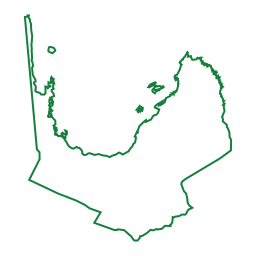 Nabire, Papua, Indonesia (Equal Earth projection)
{"feature_id": "22746128B29146649309875", "entity_name": "Nabire", "entity_type": "district", "adm_level": 2, "iso_a3": "IDN", "parent_name": "Indonesia", "parent_adm1": "Papua", "projection": "equal_earth", "projection_center": [135.366, -3.206], "detail": "fine", "context": "isolated", "style": "outline", "palette": "green", "viewbox_px": 256, "rotation_deg": 0, "n_neighbors": 0, "source": "geoboundaries", "source_scale": "gbopen_adm2", "svg_char_len": 5691}
<svg xmlns="http://www.w3.org/2000/svg" viewBox="0 0 256 256"><path d="M192.3,207.8L189.6,205.9L187.7,202.9L187.2,198.0L186.0,193.3L184.1,191.5L183.0,188.7L181.3,184.3L181.6,182.6L182.7,181.1L186.0,178.7L220.3,158.2L230.9,150.4L231.1,141.2L230.8,139.1L229.6,137.0L229.4,132.4L227.7,128.0L226.8,127.0L226.8,124.8L222.7,121.3L223.0,119.3L222.0,116.8L222.7,116.0L222.7,115.1L224.5,111.2L223.7,106.3L224.4,104.1L223.3,104.4L223.9,103.4L223.3,101.4L223.8,100.9L223.1,100.9L223.0,98.9L221.1,96.5L221.6,96.1L221.2,95.8L221.1,94.1L220.1,93.9L220.0,91.9L221.0,88.6L222.0,87.7L221.8,87.1L222.9,86.7L222.0,85.7L221.4,86.1L221.7,85.2L220.9,85.1L220.8,85.9L220.5,85.0L221.5,83.6L220.8,83.3L220.5,84.0L219.9,83.5L220.4,82.2L219.8,82.0L219.6,82.9L219.1,82.1L220.0,81.0L218.9,80.3L219.6,79.4L219.2,78.6L219.7,77.3L218.9,77.2L218.2,78.2L217.9,77.5L218.6,76.6L218.2,75.8L217.2,78.3L216.5,78.3L216.3,77.5L217.3,76.7L215.8,75.2L215.9,73.4L216.5,72.7L215.9,72.5L215.0,73.5L213.9,72.7L213.8,73.4L214.8,74.7L213.5,74.1L214.0,71.9L215.0,71.4L213.9,71.3L213.4,70.4L212.3,71.4L212.1,70.7L212.9,69.9L212.2,69.4L211.4,70.1L212.2,68.4L211.0,67.5L210.9,65.9L209.6,65.8L209.2,66.4L209.4,65.0L207.7,64.6L207.5,66.5L206.9,66.5L206.4,65.2L207.1,64.6L206.9,64.0L206.3,63.7L204.6,64.9L204.7,63.4L204.3,63.1L203.6,64.0L202.7,62.4L202.2,62.8L202.5,64.6L201.7,62.9L202.7,61.7L202.7,61.1L200.8,60.7L201.5,57.6L199.6,57.8L199.0,58.7L197.5,57.8L196.3,59.4L192.4,59.8L191.4,58.4L190.9,56.1L188.0,56.7L188.3,55.8L187.6,53.8L188.0,52.9L187.4,52.2L184.9,56.7L183.8,57.5L183.0,59.5L182.1,59.4L180.7,61.6L179.9,61.8L179.7,62.8L181.5,64.5L180.8,64.8L180.8,66.3L179.6,69.8L177.1,74.7L175.1,75.5L175.6,77.1L175.6,79.6L176.3,79.9L177.3,78.0L178.0,78.8L178.4,81.2L178.0,82.6L178.5,83.8L178.0,84.2L178.0,86.3L176.9,90.4L176.1,91.2L175.9,90.4L175.7,92.1L175.0,92.5L173.6,92.0L173.7,94.3L172.2,93.6L172.0,94.6L170.2,94.8L170.5,95.6L170.1,96.1L166.0,98.0L164.9,102.0L162.4,104.0L159.9,105.4L159.4,104.7L158.9,105.1L159.1,104.0L158.0,103.7L155.3,106.0L154.8,107.5L159.2,109.5L157.9,113.0L156.7,114.5L153.5,115.6L150.9,119.6L145.5,122.0L144.6,121.1L139.5,126.0L137.7,130.6L138.0,132.4L137.2,132.9L136.8,132.2L134.7,136.6L136.0,137.3L135.1,142.4L133.0,144.3L132.5,146.1L129.6,149.4L128.9,151.0L127.3,152.1L127.3,152.6L127.1,152.1L122.8,154.5L119.4,152.6L118.5,152.8L115.4,154.8L112.3,155.6L109.6,157.2L106.8,155.8L103.8,155.6L98.5,154.1L94.5,154.9L90.1,153.3L88.4,153.3L86.1,154.8L84.0,155.0L82.3,153.7L82.2,151.6L81.3,149.8L79.0,147.7L77.8,147.8L76.6,146.9L73.6,148.6L72.2,148.4L69.3,146.7L67.8,144.8L66.4,141.8L64.7,139.9L64.7,138.8L65.6,137.9L65.2,136.8L65.8,135.2L65.5,134.3L66.8,134.3L67.0,131.9L66.4,130.8L65.2,130.5L66.0,132.3L65.9,133.8L64.1,134.0L62.5,132.7L61.4,133.7L63.9,137.7L63.5,138.0L62.4,136.7L60.4,136.0L58.1,136.0L56.9,134.1L56.2,134.9L55.0,134.5L55.3,131.7L55.9,131.8L56.6,130.8L56.0,130.5L56.1,129.4L56.6,129.3L56.4,127.8L55.7,127.5L55.1,131.1L54.4,129.7L54.4,128.1L53.9,127.9L54.3,126.1L53.6,125.7L55.5,124.2L55.2,120.5L52.3,117.5L51.6,115.3L51.3,115.2L50.8,116.8L48.4,117.0L48.0,116.3L48.4,115.1L49.8,114.4L48.9,114.3L49.1,112.0L50.1,112.2L49.4,111.1L49.5,108.6L50.3,108.5L51.3,110.4L50.2,106.3L49.7,106.6L49.2,105.7L49.6,105.3L49.3,104.5L50.0,103.8L49.3,101.9L49.5,99.4L50.3,98.7L50.2,97.8L51.1,98.1L51.9,96.9L54.1,96.2L53.7,94.1L51.6,91.0L51.8,89.7L53.7,88.8L52.8,86.7L53.5,85.1L53.2,83.8L53.6,82.8L54.0,83.0L53.3,80.3L54.0,78.2L52.7,79.5L51.5,77.0L51.0,77.7L50.8,80.5L51.0,81.3L51.7,81.5L51.7,82.5L50.8,83.2L48.5,82.2L48.4,85.4L50.3,85.9L50.1,86.6L48.8,86.9L47.8,88.3L46.5,86.8L46.0,87.3L45.4,86.8L45.5,93.2L44.5,94.5L41.1,94.5L39.9,92.9L36.6,92.0L35.3,90.8L35.9,87.4L35.5,85.7L33.9,83.6L34.2,82.1L35.5,81.6L35.5,79.9L32.9,75.2L32.1,68.8L32.2,67.4L33.1,66.0L32.5,62.5L31.6,60.5L32.1,58.3L31.6,49.6L31.9,48.7L31.4,45.9L32.2,36.1L31.2,30.0L31.0,23.8L29.9,21.1L29.9,19.3L28.5,17.6L28.9,15.4L27.6,15.4L27.4,16.6L24.9,16.9L36.9,149.4L39.5,152.2L39.6,159.2L29.2,179.9L58.2,193.6L76.1,200.5L84.5,204.7L89.8,208.4L100.6,212.3L94.3,222.8L114.3,230.0L116.8,230.1L117.7,229.3L124.1,230.1L131.2,236.4L133.9,240.2L135.3,240.6L137.6,240.5L139.8,237.8L139.9,236.3L142.5,235.8L147.1,232.9L150.5,229.9L153.3,230.3L156.8,229.0L157.6,229.5L161.8,228.8L165.0,225.8L170.5,226.0L170.3,224.7L171.1,224.4L172.3,222.3L172.7,217.1L173.8,217.5L175.4,216.6L179.1,216.1L182.0,214.5L185.0,214.7L186.0,213.9L188.3,209.7L192.3,207.8ZM159.7,86.0L154.9,86.8L154.2,88.1L154.4,89.6L153.3,88.9L152.3,90.1L152.6,91.7L155.0,93.3L156.1,91.1L157.9,90.6L156.6,89.8L159.0,89.1L159.6,89.7L160.6,88.8L160.9,87.5L162.1,87.2L162.4,87.6L161.8,88.2L162.3,88.2L163.7,87.0L163.2,86.2L162.1,86.9L159.7,86.0ZM50.6,46.9L48.9,47.4L48.3,50.7L48.6,51.5L52.3,53.3L55.2,50.8L55.3,50.2L53.8,47.9L50.6,46.9ZM154.9,82.3L150.2,84.5L148.3,87.1L149.4,87.3L153.4,85.0L155.2,83.7L155.7,82.6L154.9,82.3ZM162.8,101.0L159.5,103.0L159.8,104.9L160.5,104.9L162.6,102.9L161.6,103.2L162.8,101.0ZM142.9,108.0L141.0,106.8L141.9,108.6L141.4,110.8L142.2,111.0L142.9,108.0ZM138.1,110.0L138.0,109.3L139.2,108.1L138.9,107.1L136.7,109.8L138.1,110.0ZM52.0,99.2L51.3,99.9L52.3,100.8L51.6,102.4L52.6,102.4L52.0,103.5L52.7,103.5L53.1,102.2L52.0,99.2ZM175.4,77.5L175.1,76.8L174.5,77.1L175.1,78.8L175.4,77.5ZM138.7,111.6L138.5,110.5L137.7,111.6L138.2,112.2L138.7,111.6ZM139.8,111.5L139.8,110.5L139.4,111.2L139.8,111.5ZM175.4,91.8L175.1,91.4L174.5,92.0L175.0,92.4L175.4,91.8ZM155.3,85.9L154.5,85.9L154.6,86.7L155.3,85.9ZM173.4,93.5L172.5,93.4L173.5,94.2L173.4,93.5ZM52.4,105.7L52.9,104.3L52.1,105.7L52.4,105.7ZM173.6,93.3L173.0,92.6L173.5,93.5L173.6,93.3ZM51.6,110.6L51.4,111.4L52.4,110.7L52.2,110.5L51.6,110.6ZM146.7,119.8L146.2,119.7L146.1,119.9L146.7,119.8Z" fill="none" stroke="#15803d" stroke-width="2"/></svg>